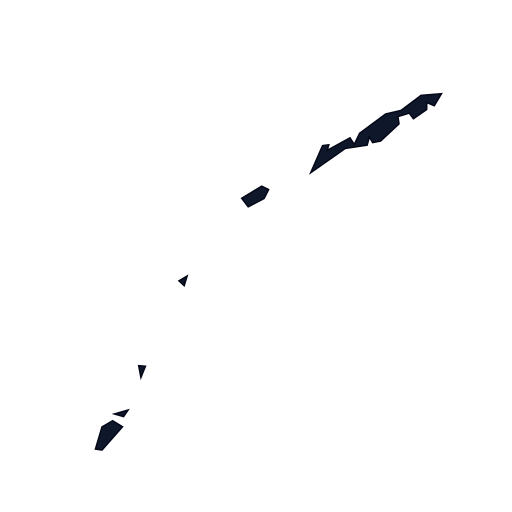 an SVG outline of Andaman and Nicobar, rotated 51°
{"feature_id": "IND-2474", "entity_name": "Andaman and Nicobar", "entity_type": "Union Territory", "adm_level": 1, "iso_a3": "IND", "parent_name": "India", "parent_adm1": "", "projection": "mercator", "projection_center": [93.022, 10.213], "detail": "coarse", "context": "isolated", "style": "filled", "palette": "ink", "viewbox_px": 512, "rotation_deg": 51, "n_neighbors": 0, "source": "natural_earth", "source_scale": "10m", "svg_char_len": 733}
<svg xmlns="http://www.w3.org/2000/svg" viewBox="0 0 512 512"><g transform="rotate(51 256 256)"><path d="M249.6,31.2L248.4,47.3L241.4,47.0L237.0,57.9L243.3,61.7L245.1,86.8L241.3,94.0L234.9,93.0L239.8,99.9L228.6,118.9L225.7,161.1L212.1,134.8L215.4,129.4L218.7,134.2L223.3,108.6L231.1,109.4L225.8,98.2L227.2,65.9L234.1,51.7L235.0,26.7L246.6,9.7L251.4,22.9L244.2,26.7L249.6,31.2ZM304.7,467.2L309.9,497.8L305.0,502.3L291.9,483.2L293.8,471.1L304.7,467.2ZM216.4,213.4L212.9,231.1L202.1,230.8L205.3,207.6L212.3,204.4L216.4,213.4ZM272.1,411.3L278.0,421.9L267.4,416.2L272.1,411.3ZM228.2,322.1L233.9,330.5L226.8,331.5L228.2,322.1ZM295.2,452.3L297.5,460.0L289.6,465.5L295.2,452.3Z" fill="#0f172a" stroke="#020617" stroke-width="1.5"/></g></svg>